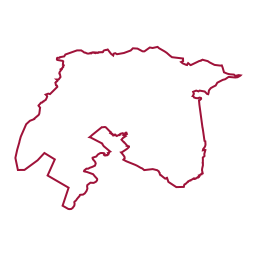 outline of Aknīstes pag., Aknistes, Latvia
{"feature_id": "27541924B26802914642093", "entity_name": "Aknīstes pag.", "entity_type": "district", "adm_level": 2, "iso_a3": "LVA", "parent_name": "Latvia", "parent_adm1": "Aknistes", "projection": "robinson", "projection_center": [25.758, 56.171], "detail": "fine", "context": "isolated", "style": "outline", "palette": "rose", "viewbox_px": 256, "rotation_deg": 0, "n_neighbors": 0, "source": "geoboundaries", "source_scale": "gbopen_adm2", "svg_char_len": 5603}
<svg xmlns="http://www.w3.org/2000/svg" viewBox="0 0 256 256"><path d="M17.9,170.0L24.5,169.9L37.6,160.3L44.4,153.0L54.8,159.4L47.6,175.5L68.6,187.7L62.6,205.7L68.2,208.9L69.2,209.1L71.1,209.0L72.5,208.1L74.3,205.7L74.6,203.8L74.3,202.1L74.6,201.6L76.0,200.5L76.9,199.1L78.7,196.9L79.3,196.5L79.9,195.0L80.2,194.8L83.0,194.6L84.8,193.4L86.5,191.0L87.4,188.6L87.1,186.3L87.3,185.1L90.4,182.7L93.5,182.9L94.1,182.7L95.8,181.8L96.3,181.4L97.1,180.1L97.2,179.7L97.1,178.8L94.8,176.3L93.1,174.2L87.0,172.0L84.2,171.4L84.0,171.2L84.3,170.4L86.4,168.7L88.2,168.7L89.7,167.8L92.3,166.9L95.0,165.6L95.7,163.5L95.3,162.2L94.3,160.8L93.0,159.4L92.5,158.0L92.6,157.7L96.3,156.5L97.9,154.5L100.3,153.1L101.8,153.0L103.3,153.1L104.2,153.3L104.4,153.6L104.1,153.8L104.0,154.2L104.2,154.6L103.9,154.7L103.9,154.8L104.2,154.9L104.4,155.1L104.9,155.2L104.9,155.4L105.4,155.4L105.7,155.5L106.4,155.3L106.4,155.2L106.2,155.1L106.4,155.0L107.1,154.9L107.5,155.1L107.7,154.9L107.8,154.7L108.4,154.4L108.4,154.0L108.0,154.0L108.0,153.8L108.1,153.6L108.4,153.6L108.8,153.3L108.6,152.8L108.4,152.7L109.3,152.2L109.3,151.9L109.5,151.7L110.1,151.5L104.0,146.4L103.8,146.3L102.4,144.2L102.4,143.9L102.2,143.5L91.2,137.8L90.5,137.4L89.6,137.2L91.1,136.0L91.9,135.2L101.8,127.2L102.2,127.3L105.0,127.0L105.9,127.4L109.7,131.3L110.8,132.1L110.9,132.3L110.7,132.5L110.2,133.1L110.5,133.3L111.1,133.5L111.5,133.9L112.4,133.8L112.5,134.0L112.1,134.2L112.1,134.3L112.5,134.5L112.6,134.8L112.9,134.9L113.2,135.5L114.9,135.1L115.0,135.0L114.8,134.6L115.0,134.5L115.3,134.6L115.7,134.9L115.8,135.4L115.9,135.5L116.8,136.0L119.1,134.8L119.4,135.1L119.7,135.0L119.7,134.7L120.2,134.3L120.2,134.0L120.4,133.8L122.8,133.2L123.3,134.0L123.8,134.3L124.2,134.3L124.6,134.2L125.3,133.6L125.2,133.2L125.3,132.9L125.7,132.7L126.4,132.7L126.9,134.0L123.8,135.3L125.6,136.2L122.9,138.0L121.5,139.7L123.9,142.3L124.1,142.2L126.4,144.8L126.7,145.3L126.7,145.5L127.0,145.6L126.8,145.9L129.0,146.5L129.0,146.9L127.9,148.1L126.8,149.0L122.0,152.2L121.1,152.4L122.7,154.3L124.4,156.6L124.7,158.1L124.6,158.4L124.3,158.6L123.4,159.7L126.4,161.3L135.3,164.9L137.2,165.8L140.5,167.7L142.3,168.5L144.2,170.1L152.7,169.1L157.2,170.2L158.8,171.4L158.9,171.9L159.7,173.0L159.6,173.6L160.4,175.2L161.0,175.2L162.2,176.3L165.1,178.6L166.2,178.6L166.3,178.3L166.5,178.2L166.6,177.9L167.0,177.8L168.4,181.9L176.3,187.1L183.8,186.9L184.3,184.7L184.6,184.3L185.4,184.1L187.5,182.1L187.9,182.0L188.0,181.5L189.9,180.5L190.3,180.5L190.3,180.3L190.6,180.2L192.6,179.2L193.4,178.6L193.8,178.6L193.9,178.4L194.2,178.4L194.3,178.7L194.6,178.7L194.6,179.0L194.8,179.0L195.0,178.9L195.7,178.6L195.7,178.4L196.5,178.1L197.9,177.3L198.1,177.4L198.3,177.0L198.6,176.8L198.3,176.7L198.8,176.3L199.0,176.4L199.0,175.9L199.5,175.5L199.3,175.3L199.9,175.1L200.2,174.7L200.8,174.5L201.2,174.2L201.4,174.2L201.4,173.8L201.5,173.7L201.8,174.0L202.1,173.6L202.7,173.4L202.0,170.1L202.2,168.4L202.9,165.4L202.9,162.8L202.7,162.7L202.8,162.5L202.9,160.0L202.8,157.6L202.9,157.4L203.5,157.0L204.5,156.0L204.3,154.0L205.4,150.0L205.1,149.9L202.9,150.3L203.2,149.0L204.5,147.4L205.1,146.2L205.3,145.6L205.5,144.6L205.3,141.3L204.5,140.9L203.1,131.0L202.6,127.8L202.5,127.7L199.4,104.7L199.0,100.3L199.8,100.1L201.1,98.9L201.1,98.3L200.9,97.9L199.5,97.6L198.0,98.2L195.9,98.1L194.1,97.5L193.4,96.2L192.7,96.1L193.9,93.9L193.1,91.8L196.2,90.6L198.5,91.4L199.6,90.6L204.7,91.5L207.2,94.0L208.2,94.2L208.7,92.5L208.8,91.1L209.1,90.2L210.8,88.1L213.1,86.8L215.7,85.5L217.3,82.7L222.7,79.9L225.2,79.2L228.6,76.9L235.3,77.5L237.6,77.2L240.4,75.6L240.6,75.4L238.6,75.1L235.4,75.9L233.9,74.6L229.9,74.3L227.4,73.7L224.0,72.3L222.7,67.8L221.8,65.4L220.3,65.6L214.5,64.9L209.6,62.4L207.7,61.1L203.4,60.0L202.6,59.7L201.9,60.1L201.4,60.1L201.0,60.7L199.3,61.0L191.0,65.0L190.5,65.1L188.1,63.1L187.1,64.5L187.0,65.0L186.3,64.9L182.6,63.3L181.1,62.0L183.1,61.1L183.0,58.5L172.0,57.2L170.1,55.8L166.8,52.9L164.6,51.4L159.0,48.2L157.6,46.9L152.6,48.0L149.8,47.5L144.5,51.3L144.0,51.4L142.5,51.3L137.5,48.6L132.9,48.3L130.7,50.5L123.9,53.0L117.0,54.2L115.2,53.2L113.7,53.7L113.2,55.5L111.0,53.8L107.7,49.5L106.3,50.0L106.0,49.9L104.2,50.4L103.8,50.6L103.3,51.2L103.0,52.0L102.4,52.3L101.6,52.2L101.3,52.1L100.9,52.3L100.3,52.2L100.0,52.3L99.5,52.3L99.2,52.2L98.9,52.4L98.4,52.3L98.3,52.5L98.2,52.7L97.9,52.6L97.1,53.0L96.5,52.7L95.9,52.9L95.8,52.6L95.3,52.8L95.1,52.8L95.2,52.5L95.0,52.4L94.3,52.4L93.5,52.5L93.2,52.3L92.8,52.4L92.9,52.5L92.5,52.4L92.2,52.5L91.7,52.8L91.8,53.0L91.6,53.1L91.3,53.3L91.2,53.1L90.8,52.9L90.3,53.2L90.0,53.1L89.7,53.3L89.2,53.5L88.0,53.6L87.0,53.4L86.2,53.1L85.6,52.7L84.9,52.7L83.9,52.3L83.4,51.8L81.2,50.4L77.0,50.4L65.4,54.5L64.2,56.4L59.9,57.2L59.8,57.5L59.4,57.8L57.4,57.8L57.0,58.2L56.9,59.5L57.0,59.7L57.3,59.7L57.6,60.0L62.7,60.9L63.2,61.3L62.9,64.3L63.4,64.8L63.8,65.3L63.6,65.7L62.9,66.1L63.2,66.9L63.2,67.1L62.0,68.2L61.9,68.5L62.0,68.8L61.9,69.1L61.4,69.1L60.9,69.1L60.6,69.3L61.1,70.0L59.6,72.2L59.3,73.3L59.5,73.9L59.9,74.1L60.5,77.0L58.8,79.3L58.1,79.5L56.6,79.5L57.2,80.0L57.3,80.4L57.7,80.3L57.6,80.6L57.4,80.7L57.1,81.2L56.6,81.6L55.9,82.0L55.8,82.4L55.4,82.7L56.0,85.3L56.7,85.5L56.9,85.6L57.3,86.6L57.3,86.9L50.0,94.1L48.6,93.7L48.1,93.7L45.7,94.6L46.8,95.7L47.2,96.3L46.6,98.1L45.6,100.0L45.2,100.2L44.0,100.9L43.5,101.6L42.9,101.6L42.7,101.7L42.0,102.6L41.8,102.7L41.0,102.7L40.5,103.2L40.2,103.7L38.5,105.5L38.7,106.0L39.5,106.9L40.1,107.7L39.8,109.3L39.8,109.9L39.3,113.6L38.7,114.9L34.1,118.8L34.2,119.1L29.9,120.8L26.2,124.2L20.8,136.6L19.6,140.9L19.3,142.4L17.2,149.7L15.5,157.4L15.4,158.0L17.9,170.0Z" fill="none" stroke="#9f1239" stroke-width="2"/></svg>